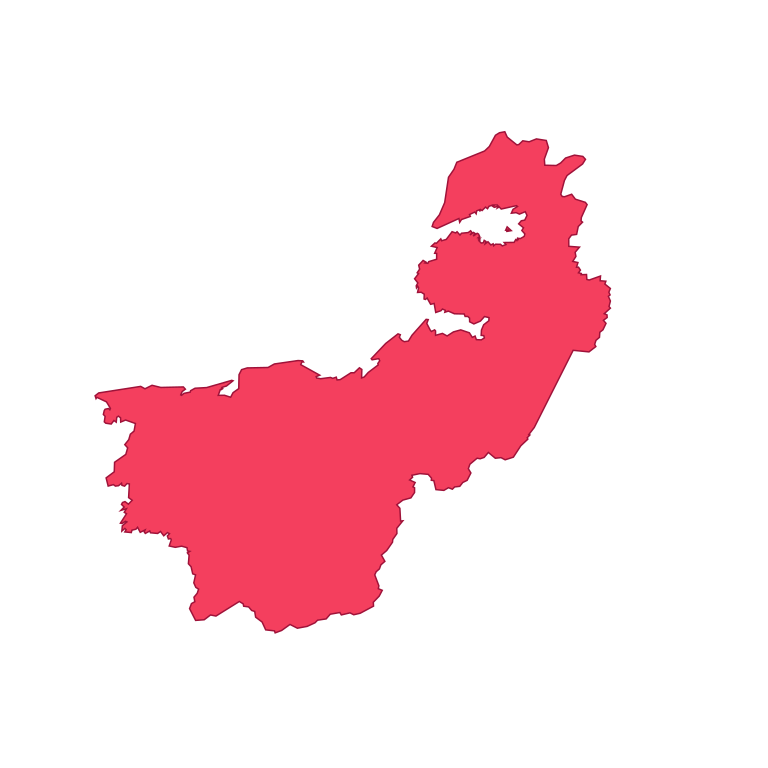 Buenaventura, Valle del Cauca, Colombia, rotated 52°
{"feature_id": "7082276B82326475607220", "entity_name": "Buenaventura", "entity_type": "district", "adm_level": 2, "iso_a3": "COL", "parent_name": "Colombia", "parent_adm1": "Valle del Cauca", "projection": "equal_earth", "projection_center": [-77.114, 3.671], "detail": "fine", "context": "isolated", "style": "filled", "palette": "rose", "viewbox_px": 768, "rotation_deg": 52, "n_neighbors": 0, "source": "geoboundaries", "source_scale": "gbopen_adm2", "svg_char_len": 6167}
<svg xmlns="http://www.w3.org/2000/svg" viewBox="0 0 768 768"><g transform="rotate(52 384 384)"><path d="M515.2,616.4L515.6,606.1L523.1,602.6L527.7,593.8L529.7,585.3L529.2,581.8L533.5,574.2L532.3,568.1L536.9,559.5L539.7,559.8L543.4,551.7L547.2,549.9L550.0,543.9L552.6,529.0L549.4,526.8L548.2,518.4L545.5,512.4L541.8,514.5L539.9,512.3L528.7,508.8L527.1,505.7L526.9,501.5L524.6,497.8L524.3,492.5L517.2,491.4L516.9,484.4L513.9,474.7L511.9,472.8L509.8,465.9L505.6,462.8L503.4,453.4L502.2,455.3L491.7,448.0L487.0,448.3L487.1,440.6L490.3,432.9L488.3,426.7L484.6,423.8L482.9,424.5L480.8,420.1L475.4,422.9L475.1,418.9L473.1,418.2L476.7,410.9L482.4,404.8L487.4,404.5L489.0,406.0L490.8,404.2L499.2,408.1L504.7,402.3L505.4,397.0L509.0,394.9L508.6,391.7L511.3,387.3L510.1,382.6L511.1,377.8L507.6,370.3L502.7,369.7L500.1,365.7L499.8,356.3L502.1,354.3L503.5,350.3L502.2,343.9L511.0,342.0L514.1,337.1L518.3,335.2L521.3,327.1L516.9,314.2L516.0,304.6L514.5,304.2L514.0,300.5L513.0,301.1L510.8,292.4L473.9,214.2L484.9,202.7L484.9,194.0L482.5,193.6L480.1,190.1L479.9,185.5L476.1,182.1L476.1,178.1L472.9,171.7L468.9,171.9L469.0,167.2L466.8,165.7L464.2,167.2L463.6,158.9L461.5,159.0L458.0,154.5L453.0,153.2L453.0,151.0L450.1,150.3L448.1,146.8L441.2,148.4L439.6,145.9L435.7,150.1L432.2,146.9L428.4,158.3L426.5,159.8L422.4,157.0L419.2,161.4L418.4,160.5L416.1,162.3L415.2,159.1L411.7,158.8L410.5,160.4L407.7,156.4L403.6,159.8L401.6,154.2L397.9,152.3L396.5,145.7L389.3,153.6L383.3,149.0L382.1,144.6L384.7,140.1L379.5,134.0L378.7,127.9L376.8,128.3L374.3,126.0L367.7,113.5L364.8,113.5L356.2,119.4L350.0,119.3L347.6,126.4L346.0,128.1L343.3,127.9L334.7,116.5L332.4,111.4L332.9,92.1L331.0,86.9L327.1,87.2L320.9,93.0L317.7,101.8L318.6,108.7L317.9,113.7L310.6,122.6L305.5,119.2L299.0,108.9L292.0,106.2L284.7,113.0L282.5,120.5L277.8,124.9L278.3,130.3L277.4,132.1L265.3,134.9L259.6,133.5L257.1,138.3L256.6,143.0L261.7,154.8L262.3,161.3L254.1,190.1L257.9,196.7L260.8,205.9L278.4,224.5L284.8,236.2L287.1,245.5L289.5,249.1L294.1,246.4L299.7,223.1L303.2,224.8L302.1,221.7L305.1,212.8L303.1,212.3L304.4,206.6L306.6,206.6L304.6,204.4L305.5,201.3L307.0,202.3L306.0,200.5L307.7,199.9L307.1,195.1L309.6,194.5L308.6,191.9L309.9,188.1L311.1,186.6L310.9,188.9L312.7,188.3L313.7,185.9L312.8,184.6L314.3,184.4L315.1,186.2L315.4,184.2L318.3,183.9L325.0,169.8L326.3,169.5L325.8,174.8L327.8,178.5L330.3,174.4L333.5,172.7L335.2,166.6L339.2,167.5L341.5,172.2L339.9,175.3L340.7,179.3L346.8,177.9L347.9,180.9L352.4,180.6L354.0,182.6L353.4,186.9L351.7,188.7L353.4,189.6L351.6,189.4L352.7,191.0L351.3,191.3L352.5,194.3L346.5,202.2L349.2,202.1L348.0,205.8L345.6,206.2L342.5,210.1L342.6,212.5L340.7,211.7L340.2,214.2L335.9,214.5L335.8,218.0L334.4,215.9L332.5,216.6L333.8,218.8L332.8,220.6L329.5,221.0L329.6,219.7L328.2,220.2L328.2,218.4L326.7,219.8L326.7,217.8L324.0,217.2L322.6,217.8L322.4,222.6L321.3,219.6L319.7,220.1L319.5,224.5L319.0,221.4L316.6,221.4L316.5,224.4L312.9,230.1L313.4,232.4L309.0,232.7L309.1,234.5L305.9,236.6L308.4,245.9L306.6,250.4L304.6,249.9L305.4,256.1L304.2,257.0L304.6,261.8L309.2,258.1L312.2,263.6L313.5,262.1L318.1,265.7L315.1,273.4L315.9,275.2L313.8,277.2L313.8,275.9L310.7,277.1L311.7,283.5L315.4,285.2L316.8,289.4L318.3,288.9L319.9,295.1L325.2,295.1L326.5,298.2L328.3,299.2L327.7,297.2L329.5,297.5L332.5,301.2L334.6,298.2L338.0,297.0L341.7,300.1L342.9,299.3L342.8,297.1L349.9,298.2L351.4,294.9L359.5,299.2L361.3,294.0L360.9,291.8L363.7,290.3L364.9,291.9L366.2,288.4L372.0,285.3L378.2,277.7L380.7,278.5L382.3,276.4L384.7,276.0L387.7,278.2L392.0,276.2L393.8,269.3L392.7,263.3L396.3,260.4L398.7,262.4L398.7,269.0L401.5,274.0L405.5,277.5L407.3,275.6L409.5,276.5L409.1,280.2L405.9,283.9L402.3,282.7L401.6,285.7L396.2,285.2L388.6,290.2L385.7,297.2L385.0,304.7L380.1,306.8L377.4,313.4L373.9,310.7L372.5,310.8L371.8,314.3L370.0,314.4L362.6,313.0L360.5,309.5L359.0,311.0L362.8,331.9L365.2,338.3L363.1,342.0L360.4,343.1L356.6,343.1L355.2,340.8L353.1,342.1L353.1,357.7L356.2,378.5L357.6,378.5L360.8,372.5L363.1,373.1L364.0,376.2L365.4,376.8L365.2,389.3L366.3,395.3L365.4,397.9L358.9,392.5L356.1,393.4L356.8,400.6L354.8,403.1L353.6,415.8L351.9,418.5L349.2,417.4L348.0,420.9L345.9,422.1L340.8,430.7L337.8,433.4L336.4,432.9L337.5,429.2L317.5,437.7L316.1,435.2L317.1,433.9L315.7,433.8L312.6,437.3L300.7,458.1L299.6,465.2L287.1,481.9L285.0,487.4L287.4,492.5L298.2,501.3L297.9,508.3L300.0,513.0L294.6,516.7L290.9,521.6L287.7,516.6L288.2,515.9L288.4,513.2L287.9,515.7L286.9,513.8L288.6,509.4L288.5,501.0L287.4,501.7L277.6,526.0L271.0,535.5L270.2,540.5L271.1,541.7L268.2,547.4L268.3,550.5L267.4,550.9L265.7,547.6L265.8,543.7L262.8,543.9L249.3,562.0L242.2,567.6L240.6,575.3L236.1,577.2L215.4,614.3L215.4,618.9L218.2,619.9L217.7,618.5L227.2,613.7L234.8,614.6L235.5,615.9L233.7,616.2L232.2,619.3L232.7,620.8L235.2,623.9L237.8,623.7L241.6,627.7L243.6,627.4L247.6,623.6L246.5,619.3L249.2,618.5L245.7,615.1L245.8,613.1L248.4,612.4L251.9,614.9L253.3,609.8L262.1,604.2L267.2,609.9L267.4,614.8L270.7,619.4L272.2,625.6L276.5,625.3L280.5,630.8L279.8,644.5L287.1,650.6L286.9,660.8L294.6,664.2L296.7,659.2L299.1,658.5L300.7,655.8L300.6,651.9L302.5,652.9L304.8,651.3L304.2,647.8L306.0,646.2L316.3,655.2L320.6,654.0L321.3,659.4L317.2,660.5L316.4,663.0L317.3,665.0L321.0,664.5L321.6,669.1L323.7,663.8L325.2,667.7L327.7,666.8L331.4,677.4L332.6,676.3L333.0,672.2L334.4,671.5L334.6,677.5L338.5,681.1L338.3,677.1L340.1,676.9L341.0,679.3L345.5,674.6L344.0,672.6L345.7,668.9L345.2,666.4L350.8,667.4L351.9,662.1L352.9,664.0L354.8,664.1L355.6,659.1L357.5,659.6L362.4,654.4L362.6,650.9L368.0,651.0L367.8,646.1L369.9,645.2L370.4,648.3L373.4,649.3L374.5,647.3L375.9,647.6L379.4,653.0L384.2,649.0L387.2,643.3L391.7,640.0L394.6,641.6L396.3,640.1L396.0,642.9L398.9,643.0L405.2,648.8L409.2,648.5L415.8,651.6L418.4,650.0L423.6,656.3L428.4,657.5L431.5,656.4L433.9,660.0L435.0,665.0L439.1,667.1L438.5,670.9L441.3,675.5L454.3,678.0L459.1,670.8L459.2,662.9L463.4,659.3L466.3,631.9L470.6,630.3L472.7,631.4L476.3,627.9L481.0,627.7L483.6,625.9L488.7,628.7L496.5,626.6L504.9,628.6L511.1,622.3L513.1,623.0L515.2,616.4ZM341.5,189.3L336.0,190.2L337.7,193.4L339.3,190.8L339.1,193.8L341.5,189.3Z" fill="#f43f5e" stroke="#9f1239" stroke-width="1.5"/></g></svg>